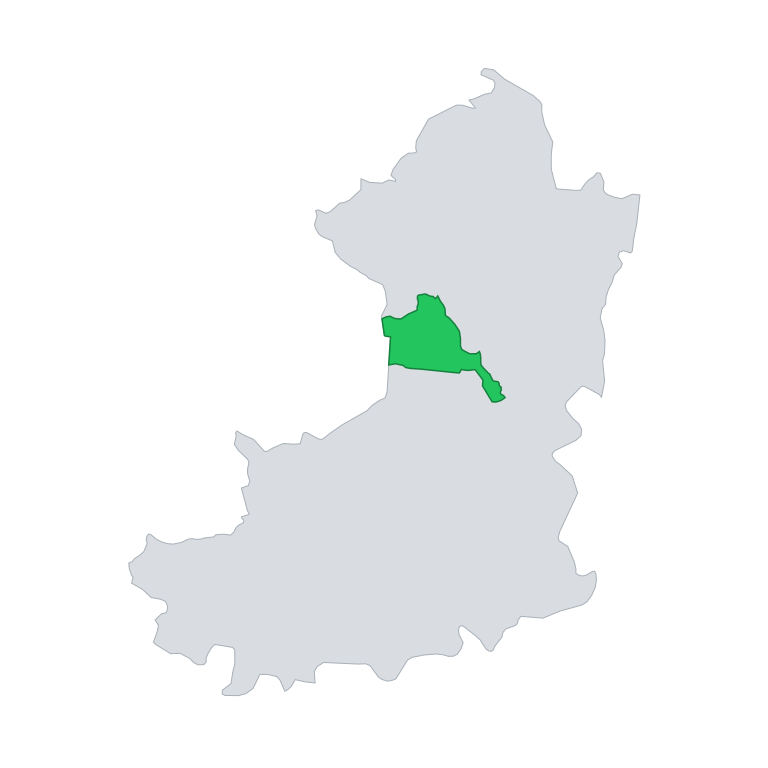 Mamou highlighted on a map of Guinea, rotated 94°
{"feature_id": "GIN-5653", "entity_name": "Mamou", "entity_type": "Prefecture", "adm_level": 1, "iso_a3": "GIN", "parent_name": "Guinea", "parent_adm1": "", "projection": "mercator", "projection_center": [-11.878, 10.604], "detail": "fine", "context": "in_parent", "style": "filled", "palette": "green", "viewbox_px": 768, "rotation_deg": 94, "n_neighbors": 0, "source": "natural_earth", "source_scale": "10m", "svg_char_len": 5185}
<svg xmlns="http://www.w3.org/2000/svg" viewBox="0 0 768 768"><g transform="rotate(94 384 384)"><path d="M478.6,514.2L471.9,513.3L468.9,514.5L460.0,525.0L454.6,529.1L446.3,527.8L443.3,528.6L441.1,527.4L444.2,521.6L448.4,510.2L459.4,498.7L459.6,496.3L455.1,489.6L450.4,480.4L450.4,470.5L449.5,463.4L439.8,461.5L438.1,460.3L437.8,457.9L443.3,445.6L443.7,443.1L443.0,440.9L437.1,434.6L427.8,423.0L411.8,399.1L405.9,394.0L400.2,386.7L398.0,382.1L392.1,380.4L336.4,380.7L335.4,387.0L316.2,391.2L304.4,386.4L291.3,389.2L284.9,392.3L279.9,406.3L277.1,409.3L274.3,415.5L271.7,419.0L268.9,425.8L262.6,435.6L256.1,441.9L244.9,445.4L241.4,455.7L238.9,459.5L234.6,462.5L230.0,464.5L220.9,462.5L215.8,464.3L214.9,461.7L217.8,453.6L215.5,449.3L206.7,440.9L205.9,436.8L203.2,431.5L191.7,420.6L180.9,421.3L183.9,412.1L183.8,400.0L180.1,393.3L181.1,386.5L179.1,387.0L175.5,391.6L169.7,390.1L157.9,382.9L152.1,375.9L151.4,369.9L150.1,367.6L146.5,368.8L139.1,368.7L116.7,358.1L100.8,331.3L100.4,325.3L102.7,314.9L102.2,312.1L94.8,319.0L93.4,314.3L87.8,303.6L86.2,297.4L80.9,294.6L76.5,294.1L73.2,296.2L68.8,308.8L65.6,308.7L62.2,306.0L62.9,296.6L71.5,284.9L85.9,255.2L91.1,248.4L94.3,246.0L101.2,245.7L114.5,241.8L130.8,232.5L143.3,233.2L158.1,232.1L177.3,225.7L177.5,205.8L176.9,201.3L170.0,197.3L166.0,193.9L162.6,189.4L158.5,186.3L158.6,183.0L167.1,178.7L175.0,178.7L177.6,177.1L179.5,174.3L181.7,167.0L182.5,159.4L177.3,149.2L177.6,141.9L205.9,143.0L221.4,145.0L234.1,145.6L236.1,147.2L234.3,154.3L236.0,158.4L240.3,159.5L247.4,154.6L251.1,155.7L259.0,161.8L266.4,163.5L274.4,166.8L282.0,168.6L288.7,168.4L293.8,171.8L303.2,172.9L315.4,168.5L324.9,166.6L338.4,166.1L345.4,167.6L365.9,164.1L382.0,166.1L379.5,168.4L372.1,184.4L373.0,187.3L389.3,200.8L393.2,201.8L397.7,200.0L404.7,193.7L410.2,186.9L415.6,183.6L421.8,183.9L426.8,188.6L438.4,208.7L441.4,211.2L444.2,211.2L449.3,207.4L451.8,203.1L462.6,189.8L479.3,183.2L519.0,198.4L524.8,199.5L528.2,198.4L533.2,189.4L548.1,181.8L555.3,179.6L559.4,179.4L560.9,176.9L561.7,173.3L560.9,169.5L556.3,162.7L556.1,160.7L558.8,159.4L564.4,158.4L571.8,159.0L580.1,162.0L586.9,166.2L590.7,171.3L598.2,192.5L606.5,209.1L606.2,231.3L609.9,233.6L614.0,234.5L615.8,236.3L619.9,245.4L623.7,248.1L628.3,248.7L636.9,254.6L642.4,256.9L643.2,258.7L643.0,261.1L640.8,264.2L632.5,270.3L628.4,275.6L620.0,288.1L619.8,290.5L621.5,292.2L625.0,292.5L628.8,291.6L636.5,287.0L642.7,288.6L648.5,292.1L650.7,295.8L651.2,300.5L649.9,306.7L649.7,313.6L651.6,325.3L654.7,337.0L657.8,341.3L677.3,351.6L679.2,355.4L680.2,359.8L678.8,365.7L676.8,369.0L666.0,378.2L664.4,382.5L665.2,390.6L666.0,424.8L670.2,430.6L675.3,433.5L687.0,431.9L686.7,441.4L685.1,452.0L692.0,455.3L695.5,458.5L697.4,461.5L686.5,467.2L683.4,470.5L681.9,479.3L682.3,487.5L696.8,493.4L702.5,500.2L705.0,507.3L705.8,520.8L704.5,523.8L700.8,523.9L693.4,515.7L682.1,514.8L673.7,513.3L659.6,514.3L657.3,516.8L655.6,534.6L659.0,537.6L665.7,541.0L670.1,542.4L673.7,542.0L676.5,544.2L677.1,550.1L675.2,554.4L671.5,558.4L666.9,568.6L667.9,578.1L660.0,593.1L657.7,596.0L647.3,593.1L640.4,592.1L635.5,595.9L628.7,590.0L627.4,585.4L624.9,584.5L620.4,584.4L616.1,587.0L614.3,591.8L613.3,601.4L605.7,610.6L600.3,621.9L594.1,620.9L592.7,622.3L586.1,625.2L580.4,626.1L578.9,623.0L575.5,620.6L571.9,615.7L567.7,611.8L559.6,609.1L556.4,610.3L552.6,610.0L550.1,608.5L550.5,606.1L554.7,600.2L557.1,594.7L558.4,588.8L558.4,583.1L556.2,575.1L552.5,568.7L551.7,565.0L552.1,559.8L551.2,554.9L550.1,552.4L548.4,543.1L546.2,541.4L545.0,534.0L545.4,526.4L542.3,523.6L537.4,521.5L534.5,518.5L532.7,515.2L530.9,514.2L529.4,514.4L528.0,516.5L526.4,516.9L523.6,509.8L522.4,509.5L520.4,511.2L497.7,519.0L494.8,512.3L490.4,511.1L483.0,513.8L478.6,514.2Z" fill="#d9dde1" stroke="#a8b0b8" stroke-width="1"/><path d="M364.7,380.6L336.5,380.8L336.1,386.2L335.5,387.0L319.1,390.6L317.1,386.9L316.1,383.4L316.1,382.6L316.3,381.7L317.6,378.8L317.8,377.8L318.0,376.5L318.0,373.5L317.9,372.2L317.7,371.3L312.4,364.4L308.7,357.3L308.0,356.3L307.7,356.1L307.4,356.0L307.1,356.0L306.2,356.2L305.6,356.3L304.3,356.2L301.9,355.6L301.0,355.5L300.1,355.5L299.2,355.7L296.6,356.6L295.8,356.7L295.0,356.7L294.2,356.6L293.5,356.4L293.1,356.0L292.9,355.5L291.5,349.9L291.4,348.7L291.7,347.7L292.5,346.0L293.1,344.2L293.2,343.2L293.2,341.7L293.3,341.1L293.6,340.7L295.2,338.8L293.7,337.3L292.4,336.5L297.3,333.6L301.5,330.1L304.6,328.5L311.4,327.5L313.5,323.7L319.8,317.3L326.1,312.5L333.2,310.9L340.8,310.4L344.2,308.8L346.1,304.8L347.9,300.5L347.4,294.1L345.0,291.1L347.4,290.0L351.3,289.3L355.1,289.1L358.0,288.6L359.5,287.5L362.0,285.1L362.2,284.7L366.0,280.6L366.5,279.4L372.1,276.2L373.0,275.5L373.5,274.4L373.7,271.3L374.0,270.2L374.7,269.5L375.7,269.2L376.5,269.1L377.1,269.0L377.8,268.6L378.4,268.0L378.7,267.2L379.2,266.8L380.2,267.3L381.3,266.5L382.4,266.8L383.5,267.3L385.0,267.3L386.0,266.5L387.4,263.7L389.2,262.3L392.3,266.2L394.2,271.0L394.2,274.9L388.7,278.8L379.0,285.6L373.2,285.6L365.1,292.5L364.5,293.1L364.0,293.4L363.3,294.4L364.5,300.3L364.6,303.2L364.3,306.8L364.0,307.4L365.0,308.3L367.7,309.5L367.7,314.8L366.6,347.1L366.6,358.6L366.1,363.4L364.1,366.2L363.0,374.1L364.7,380.6Z" fill="#22c55e" stroke="#15803d" stroke-width="1.5"/></g></svg>